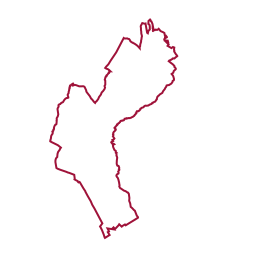 Lungesti, Vâlcea, Romania, rotated 58°
{"feature_id": "2599482B14726435776236", "entity_name": "Lungesti", "entity_type": "district", "adm_level": 2, "iso_a3": "ROU", "parent_name": "Romania", "parent_adm1": "Vâlcea", "projection": "robinson", "projection_center": [24.176, 44.603], "detail": "fine", "context": "isolated", "style": "outline", "palette": "rose", "viewbox_px": 256, "rotation_deg": 58, "n_neighbors": 0, "source": "geoboundaries", "source_scale": "gbopen_adm2", "svg_char_len": 5731}
<svg xmlns="http://www.w3.org/2000/svg" viewBox="0 0 256 256"><g transform="rotate(58 128 128)"><path d="M209.0,205.8L209.0,200.3L205.6,200.3L205.6,198.9L202.3,198.6L206.6,193.6L204.8,193.8L204.6,192.9L206.8,192.5L205.5,187.5L205.0,186.5L208.3,185.6L208.2,185.0L208.1,184.9L208.2,181.7L209.3,181.5L209.4,167.2L209.0,166.8L208.4,166.8L207.0,167.0L201.7,166.0L200.9,166.4L198.2,166.9L196.3,167.5L193.1,166.1L190.4,165.6L188.1,163.9L184.3,162.2L182.9,162.2L182.7,162.5L180.3,163.5L179.0,164.6L175.5,166.1L174.9,166.5L173.0,166.4L172.1,165.5L170.7,165.0L169.7,164.5L166.7,163.5L165.0,163.1L163.8,163.3L162.4,163.2L161.8,162.6L161.7,162.1L161.4,161.4L161.6,160.4L161.2,159.8L160.7,159.6L159.7,159.4L158.9,157.5L158.6,157.4L158.1,157.6L157.5,156.8L157.1,156.5L155.4,156.1L155.0,156.2L154.7,156.7L154.2,157.0L153.1,156.8L152.1,156.4L149.5,154.6L147.5,152.9L145.8,152.4L145.4,152.5L144.1,151.6L143.2,151.4L142.5,151.5L142.2,151.2L142.3,151.0L141.9,151.1L140.9,150.5L140.4,150.7L139.7,151.1L139.2,151.1L136.5,150.7L135.6,150.4L134.6,149.9L134.7,149.7L134.5,149.4L134.5,149.0L134.3,148.8L134.4,148.3L133.8,148.5L133.6,148.9L133.6,149.4L133.5,149.5L132.9,149.7L131.3,149.8L131.1,149.5L131.2,149.3L131.1,149.0L131.3,148.4L131.3,147.6L129.9,147.6L130.1,146.2L129.7,145.1L127.0,145.2L126.2,144.0L125.4,144.1L124.8,143.3L124.4,143.2L123.7,142.0L123.6,141.0L123.1,139.4L122.7,139.1L122.1,139.4L121.9,139.2L121.2,139.5L120.7,139.4L120.6,139.1L120.7,138.4L120.2,137.9L119.8,135.8L119.3,135.7L119.1,135.4L119.1,135.2L119.5,134.9L118.9,133.6L119.1,133.0L118.8,132.3L118.8,131.7L118.6,131.4L118.3,131.1L118.1,130.4L118.5,129.7L118.5,129.0L119.0,128.6L118.9,128.1L119.2,127.4L118.8,126.4L118.4,126.0L118.6,125.7L118.6,125.2L119.1,124.6L118.9,124.3L118.9,124.0L119.7,123.2L119.7,122.5L120.6,121.2L120.6,120.8L120.9,120.0L120.9,118.8L121.1,118.0L120.9,117.0L121.0,116.3L120.4,115.3L120.5,114.9L120.2,114.1L120.1,113.8L119.7,113.6L119.8,112.9L119.6,112.7L119.0,112.5L118.8,112.0L118.5,111.6L119.2,110.6L119.0,110.0L119.3,109.4L118.8,107.7L118.4,107.5L118.2,107.3L118.3,106.4L118.1,105.7L118.5,104.6L118.5,103.5L118.2,103.0L118.2,101.5L119.0,100.4L119.7,98.8L119.7,98.0L119.6,97.5L120.0,95.6L119.8,94.8L119.9,94.6L119.7,94.3L119.9,94.0L119.6,93.7L119.7,93.4L119.8,91.9L120.0,91.0L119.3,89.3L119.0,89.0L119.0,88.4L118.3,87.9L117.1,86.5L117.0,86.0L116.8,85.3L116.8,84.6L116.4,83.3L116.4,80.3L115.4,78.8L114.4,76.0L113.8,75.2L113.3,73.9L112.4,72.7L112.8,71.5L113.3,70.5L113.3,68.2L113.3,67.7L112.6,66.0L111.7,65.1L111.8,64.0L111.5,63.5L110.8,63.0L108.5,62.3L107.4,62.1L105.3,62.4L105.1,60.3L104.0,59.1L103.8,58.5L103.5,56.5L103.3,56.2L102.9,56.0L101.7,56.0L100.8,56.3L100.0,55.8L99.8,55.8L97.6,56.3L95.6,57.1L93.0,58.0L92.9,57.4L92.7,57.3L92.9,55.5L93.0,55.2L92.9,54.9L93.0,53.8L92.7,53.3L92.8,52.9L93.6,51.9L93.6,51.4L93.4,50.9L93.2,48.9L93.2,48.4L93.1,48.1L92.0,48.1L90.9,48.3L87.8,48.3L87.2,48.1L87.1,47.8L85.7,47.3L84.3,46.1L83.1,47.0L83.3,48.8L79.3,50.9L78.7,49.3L75.5,50.0L76.6,48.5L75.0,48.0L73.1,50.6L72.0,50.3L71.7,49.8L71.6,48.9L71.2,48.9L70.9,48.7L71.0,48.3L71.6,47.7L71.6,46.9L71.4,46.8L69.7,47.0L69.6,47.6L69.3,47.8L66.7,46.8L65.5,47.4L63.1,49.0L60.2,49.4L60.4,50.0L60.2,50.5L60.3,51.1L59.9,51.8L59.5,52.0L59.2,52.4L59.3,53.2L59.0,53.6L59.0,54.3L58.8,54.7L59.0,55.5L58.5,56.0L58.8,55.6L58.0,54.8L57.0,54.2L56.7,54.2L56.9,53.7L55.2,53.3L55.3,53.1L52.7,52.1L50.1,51.7L49.9,51.9L49.5,52.0L48.2,51.7L47.7,51.8L48.1,53.9L50.5,55.6L51.7,55.1L53.2,55.6L56.0,57.3L56.2,57.8L56.2,58.9L58.2,61.0L57.5,61.3L56.8,61.1L48.7,57.8L48.6,58.4L46.6,60.3L48.1,62.9L48.6,63.4L50.2,64.1L51.8,65.1L53.1,65.6L55.0,66.7L56.8,67.2L57.8,67.7L58.3,68.3L60.0,69.7L60.6,70.4L61.9,71.3L63.6,73.3L65.2,74.5L65.4,75.1L65.6,75.3L66.5,75.8L63.8,76.3L62.2,76.8L59.7,77.9L58.6,78.7L58.2,78.7L57.5,79.3L56.1,79.9L55.5,80.0L54.9,79.8L53.2,79.9L52.3,80.8L51.6,81.2L50.5,83.2L50.1,83.6L49.4,83.9L57.6,97.9L61.7,107.1L63.6,110.9L64.4,114.0L65.0,115.5L66.3,114.9L67.1,114.1L68.5,113.4L70.0,113.0L70.0,113.3L70.5,113.1L70.2,113.6L70.9,114.2L70.8,114.8L71.3,115.0L71.2,115.8L71.5,116.2L72.0,117.7L72.5,118.4L72.6,118.6L72.2,118.7L73.0,120.3L73.8,121.0L74.7,122.1L75.0,122.2L75.4,122.1L75.8,122.2L78.9,124.1L79.3,124.4L79.9,125.6L80.4,125.8L81.5,126.0L82.6,127.4L83.6,129.9L83.6,130.3L84.0,131.6L85.3,133.3L86.4,136.2L87.6,137.8L88.7,140.6L88.7,141.5L89.3,142.6L87.9,143.0L84.8,143.3L83.5,143.7L80.8,143.5L75.9,144.0L75.0,144.0L73.9,143.5L70.6,143.1L69.9,143.1L69.0,143.7L66.8,147.3L64.3,149.2L63.4,150.1L63.2,150.5L62.8,152.3L62.3,152.3L61.5,151.1L61.2,151.1L61.2,153.2L61.5,154.1L62.0,154.8L61.6,155.0L62.9,156.4L63.6,156.6L63.7,157.1L64.9,158.0L65.9,159.2L66.9,159.8L67.1,160.3L67.8,161.5L68.6,161.9L69.4,162.0L70.6,162.5L70.6,163.0L70.0,164.3L70.0,165.6L70.5,167.3L71.5,169.2L71.6,169.6L71.4,170.7L71.5,171.1L71.4,171.6L71.8,172.8L71.5,173.8L71.8,174.9L72.9,175.4L73.2,175.7L74.1,177.3L74.7,177.8L79.5,179.9L81.0,181.5L81.8,183.1L82.2,183.5L83.6,184.2L83.9,184.7L84.8,185.1L86.8,186.7L86.9,187.0L86.7,187.9L87.4,189.3L88.2,190.3L88.6,190.7L89.4,191.1L89.8,191.5L90.0,191.8L89.9,192.1L90.2,192.2L90.9,193.0L91.0,193.3L90.8,193.7L91.0,194.1L92.0,194.2L92.9,195.0L93.3,196.1L94.1,197.4L96.2,199.1L97.0,200.1L97.5,200.4L97.8,200.9L98.1,201.0L99.1,200.5L105.4,196.6L109.1,195.3L109.7,196.7L110.3,197.5L111.3,200.0L112.6,201.5L115.1,203.4L115.3,204.3L115.7,205.3L116.9,206.6L118.4,207.6L124.0,209.9L125.2,209.3L127.6,207.5L132.4,203.6L134.0,202.5L134.8,201.7L139.2,198.4L142.7,200.0L143.2,200.6L144.7,199.8L146.3,198.8L146.8,199.0L147.9,198.8L148.1,197.7L148.8,197.6L155.6,197.8L159.0,197.7L159.6,197.9L164.3,198.2L170.4,198.4L174.1,199.0L178.5,199.1L195.3,200.3L196.7,203.9L198.0,203.9L200.9,204.2L205.3,205.0L208.4,205.8L209.0,205.8Z" fill="none" stroke="#9f1239" stroke-width="2"/></g></svg>